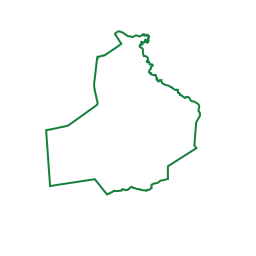 Macuelizo, Santa Bárbara, Honduras, rotated 301°
{"feature_id": "27666195B20976347050961", "entity_name": "Macuelizo", "entity_type": "district", "adm_level": 2, "iso_a3": "HND", "parent_name": "Honduras", "parent_adm1": "Santa Bárbara", "projection": "natural_earth1", "projection_center": [-88.551, 15.242], "detail": "fine", "context": "isolated", "style": "outline", "palette": "green", "viewbox_px": 256, "rotation_deg": 301, "n_neighbors": 0, "source": "geoboundaries", "source_scale": "gbopen_adm2", "svg_char_len": 5565}
<svg xmlns="http://www.w3.org/2000/svg" viewBox="0 0 256 256"><g transform="rotate(301 128 128)"><path d="M73.3,157.4L73.3,157.6L73.5,157.9L73.9,158.2L74.4,159.3L74.5,159.4L75.0,159.4L75.3,159.6L75.7,159.8L75.8,160.1L76.5,160.1L77.1,160.6L77.4,160.5L77.9,160.5L79.3,161.2L79.4,161.3L79.4,161.5L79.4,161.9L79.5,162.2L79.3,162.9L79.3,163.2L79.4,163.7L79.6,164.2L80.1,165.2L80.3,167.0L80.6,167.5L80.8,167.8L80.9,168.2L80.9,168.6L81.2,168.9L81.5,169.3L81.5,169.5L81.4,170.2L81.8,170.7L81.8,171.1L81.9,172.0L82.9,173.8L83.1,174.5L83.5,175.5L83.8,176.1L83.9,176.3L84.5,176.5L84.8,176.4L84.9,176.9L85.4,177.1L85.6,177.4L86.3,178.2L86.6,178.4L87.0,178.5L87.8,178.5L88.1,178.7L88.4,179.0L88.7,179.2L88.9,179.1L89.1,179.0L89.3,178.8L89.5,178.4L89.9,178.1L90.3,177.8L90.9,177.7L91.8,177.6L92.3,178.3L92.8,178.4L93.2,178.3L95.6,181.0L96.9,182.0L97.6,182.3L98.4,182.5L99.8,183.1L100.8,184.5L101.2,185.0L102.0,185.7L102.6,186.2L104.5,188.0L104.7,188.3L104.8,188.5L115.7,181.9L146.0,197.0L147.2,193.9L167.2,183.9L168.4,183.5L173.5,183.4L174.9,183.4L175.6,183.3L176.3,183.0L177.4,182.1L178.0,181.9L178.4,181.0L178.7,180.6L178.8,179.9L179.0,179.6L179.3,179.4L179.8,179.1L182.8,178.2L183.3,177.8L184.3,176.8L184.5,176.4L184.8,174.1L184.7,172.2L184.7,171.2L184.7,170.7L184.6,170.3L184.3,169.9L184.0,169.5L183.8,169.2L183.7,168.8L183.7,168.4L183.9,167.9L184.7,166.1L185.2,165.1L185.6,164.5L185.6,164.2L185.5,163.6L185.2,162.9L185.0,162.4L184.7,162.1L184.4,161.8L184.2,161.7L183.8,161.7L183.6,161.8L183.4,161.8L183.2,161.7L183.1,161.4L183.0,161.0L183.1,160.3L183.2,159.7L183.3,159.1L183.2,158.2L183.3,157.7L183.6,157.3L183.6,157.1L183.5,156.9L183.0,155.7L183.3,155.7L183.6,155.5L184.0,154.9L184.3,154.3L184.4,154.0L184.2,153.5L184.2,153.4L183.9,153.1L183.9,152.8L184.0,152.6L184.3,152.3L185.1,152.0L185.5,151.7L185.8,151.6L186.0,151.6L186.3,151.3L186.4,151.0L186.3,150.7L186.1,150.3L185.7,150.2L185.4,150.0L185.3,149.5L185.1,149.1L185.0,148.8L185.0,148.6L185.0,147.3L185.0,145.7L185.2,145.2L185.4,144.9L185.5,144.8L185.4,144.5L185.2,144.1L185.2,143.7L185.2,142.7L185.1,142.2L185.2,141.5L185.3,141.0L185.2,140.7L185.0,140.3L184.6,139.5L184.5,139.1L184.2,137.7L184.1,136.4L184.0,134.2L184.3,133.6L184.7,133.2L185.2,132.9L185.3,132.7L185.3,132.4L185.4,132.2L185.9,131.8L186.1,131.8L185.8,131.2L185.7,131.0L185.3,130.6L185.2,130.6L184.7,130.7L184.4,130.5L184.0,130.4L183.6,130.2L184.0,129.8L184.3,129.3L184.3,129.2L184.0,128.6L183.9,128.4L184.3,128.2L184.5,127.3L184.6,127.2L184.8,127.2L184.9,127.4L185.1,127.8L185.3,127.8L185.6,127.3L185.9,126.6L186.2,126.1L186.5,125.4L187.0,125.2L187.3,125.0L187.4,124.8L187.6,124.3L187.6,123.8L186.6,123.0L186.2,121.9L186.1,120.9L185.9,119.5L186.0,119.4L186.7,119.4L186.9,119.4L186.9,118.9L186.6,117.6L186.6,117.2L186.8,117.0L189.3,116.6L190.2,117.1L190.5,117.1L191.0,116.9L191.8,116.3L192.1,116.2L192.7,116.3L193.7,117.0L193.9,117.0L194.3,117.0L194.6,116.8L194.7,116.6L194.8,116.3L194.9,116.0L194.8,115.8L194.5,115.1L194.1,114.6L193.9,114.1L193.8,113.6L193.9,113.4L194.0,113.3L194.7,112.9L195.0,112.6L195.6,112.0L195.6,111.6L195.5,111.4L194.4,110.8L194.2,110.5L194.3,110.2L194.6,109.8L195.0,109.7L195.3,109.7L196.4,110.0L196.7,110.0L197.5,109.7L197.8,109.4L198.0,109.2L198.1,108.9L198.8,106.8L198.8,106.6L198.7,106.2L197.9,104.8L197.8,104.6L198.9,103.2L200.0,102.3L200.8,101.6L202.8,100.5L203.2,100.1L203.4,99.9L203.5,99.4L203.7,98.2L203.6,96.5L203.8,96.1L204.2,95.8L204.5,95.6L205.0,95.5L205.3,95.4L205.6,95.5L205.8,95.6L205.9,95.8L206.3,96.6L206.6,97.0L206.9,97.2L207.4,97.2L207.7,97.1L207.8,97.0L208.0,96.7L208.1,96.4L208.0,95.8L208.0,95.3L208.3,95.1L208.6,95.1L208.8,95.2L208.9,95.6L209.2,96.9L209.4,97.5L209.7,97.8L210.1,98.1L210.3,98.2L211.4,97.5L212.4,97.4L212.7,97.4L212.8,97.7L212.9,98.1L212.7,98.7L212.4,99.2L212.3,99.3L211.3,99.8L211.0,100.2L211.0,100.5L211.3,100.9L211.6,101.0L212.2,100.9L212.9,100.8L213.7,100.5L214.1,100.4L214.3,100.1L214.5,99.7L214.7,99.2L214.9,99.0L215.3,98.8L215.6,98.8L216.2,99.3L216.8,99.2L217.2,99.0L217.4,98.9L217.5,98.7L217.6,98.3L217.8,97.7L217.9,97.3L217.5,97.3L217.1,97.2L216.9,97.0L216.7,96.7L216.8,96.3L216.9,96.1L217.2,95.8L217.3,95.6L217.3,95.4L217.2,95.2L216.9,95.0L216.0,94.6L215.5,94.6L215.4,94.5L215.4,94.3L215.5,94.1L215.9,93.9L216.3,93.8L216.4,93.6L216.5,93.5L216.5,93.3L216.3,92.9L216.1,92.8L215.3,92.4L214.5,91.9L213.4,91.6L213.0,91.4L212.7,91.2L212.4,90.6L212.0,88.7L211.5,87.2L211.1,86.8L210.7,86.5L209.1,85.6L208.5,85.3L208.3,85.1L208.1,84.8L208.0,84.6L207.9,83.2L207.7,82.5L206.8,81.1L206.7,79.6L206.9,77.5L207.0,76.4L207.0,75.0L207.0,73.9L206.4,71.0L206.0,70.2L205.9,70.0L205.7,69.9L204.7,69.2L204.0,69.0L203.4,68.7L203.0,68.5L202.5,68.4L201.9,68.4L196.7,78.9L193.7,77.7L178.6,70.7L178.5,70.4L178.3,70.3L178.0,70.2L177.6,70.1L177.4,69.9L177.3,69.7L177.2,69.3L177.1,68.8L177.0,68.7L176.8,68.6L176.4,68.5L176.1,68.4L175.7,67.9L175.1,67.1L174.1,66.5L173.9,66.1L173.6,65.3L173.5,65.1L173.4,65.1L173.0,65.7L172.8,65.8L172.3,65.8L171.7,65.6L171.3,65.8L171.3,66.3L171.2,66.4L170.7,66.1L153.6,73.9L149.0,75.9L146.5,77.4L145.5,78.1L142.9,80.4L133.9,89.0L132.7,89.5L130.8,89.1L99.1,75.4L87.6,63.1L84.0,59.0L78.0,63.1L38.1,91.1L43.0,96.9L67.0,125.9L60.2,144.3L60.4,144.4L60.8,144.7L61.1,144.8L61.6,144.8L61.9,145.0L62.0,145.1L62.2,145.3L62.4,145.9L62.6,146.2L64.2,146.8L64.5,147.1L66.0,148.0L66.3,148.1L66.8,148.2L67.0,148.3L67.2,148.8L67.5,150.0L68.0,150.6L69.2,152.3L69.7,152.7L69.8,153.1L70.0,153.6L71.0,154.3L71.5,155.0L71.9,155.1L72.2,154.7L72.4,154.6L72.7,155.2L72.9,155.4L73.1,155.6L73.3,156.0L73.4,156.4L73.4,156.6L73.3,157.0L73.3,157.4Z" fill="none" stroke="#15803d" stroke-width="2"/></g></svg>